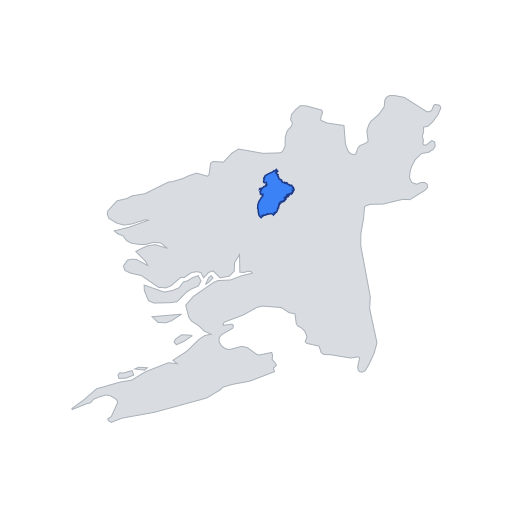 Pabna, Rajshahi, Bangladesh (highlighted), rotated 81°
{"feature_id": "16705992B46384724638491", "entity_name": "Pabna", "entity_type": "district", "adm_level": 2, "iso_a3": "BGD", "parent_name": "Bangladesh", "parent_adm1": "Rajshahi", "projection": "robinson", "projection_center": [89.41, 24.081], "detail": "fine", "context": "in_parent", "style": "filled", "palette": "blue", "viewbox_px": 512, "rotation_deg": 81, "n_neighbors": 0, "source": "geoboundaries", "source_scale": "gbopen_adm2", "svg_char_len": 9056}
<svg xmlns="http://www.w3.org/2000/svg" viewBox="0 0 512 512"><g transform="rotate(81 256 256)"><path d="M177.2,369.0L177.1,356.1L169.2,330.6L169.6,327.8L167.9,315.6L165.9,308.8L164.9,301.6L169.7,291.2L167.8,289.5L157.2,286.3L155.9,283.6L158.2,273.4L150.6,263.7L147.6,256.5L155.7,233.1L157.8,216.9L157.2,213.7L152.2,210.1L143.4,208.6L137.2,205.6L133.6,201.0L130.5,199.2L126.7,200.5L121.8,198.7L117.8,194.2L114.4,188.6L115.7,182.6L122.2,168.2L124.5,167.8L130.1,170.6L132.2,170.6L135.8,164.9L140.9,148.7L158.7,150.1L163.0,149.6L167.5,148.3L169.9,146.3L171.2,143.7L170.8,141.5L165.3,138.4L163.2,136.1L161.7,129.7L160.1,127.3L149.4,126.9L143.8,123.9L140.8,121.3L135.3,112.5L128.6,106.0L122.2,104.4L119.7,102.3L118.4,99.0L119.2,94.1L122.5,84.8L140.2,64.7L140.6,62.5L139.9,59.9L134.8,56.7L134.4,55.1L135.9,50.9L138.8,50.3L144.9,54.2L151.1,60.4L154.8,65.9L154.9,70.3L159.7,71.1L163.8,73.1L167.9,72.5L170.6,73.5L172.4,73.2L173.1,70.6L169.6,64.3L171.3,61.7L175.4,61.8L178.3,64.2L180.5,69.1L180.8,76.6L185.6,83.5L191.9,88.3L196.8,90.6L202.7,92.2L207.8,90.6L210.3,85.9L209.2,81.6L209.9,77.8L212.0,75.7L215.1,75.8L217.5,78.8L224.4,95.2L223.0,102.4L224.6,122.3L222.8,135.4L223.9,140.4L225.1,141.3L235.5,143.8L250.6,149.0L262.2,150.9L314.3,149.5L325.8,152.0L360.6,150.1L370.1,154.3L380.4,161.1L386.3,166.1L387.3,169.0L386.7,171.5L384.8,172.9L381.2,172.9L373.0,169.6L371.6,170.6L371.6,178.4L365.0,198.2L364.0,204.3L361.7,206.7L354.8,207.9L350.3,219.4L348.4,220.8L343.9,218.3L341.1,218.7L337.6,219.8L334.1,222.4L331.6,225.7L328.9,226.8L319.1,226.6L317.3,232.0L310.9,239.0L306.5,257.4L306.9,263.1L312.3,277.9L316.2,297.0L317.6,299.0L319.4,299.1L319.5,290.4L321.3,289.2L323.6,290.2L328.2,302.1L330.8,305.1L334.9,305.9L339.5,304.1L342.9,300.6L344.3,296.9L343.0,284.0L345.2,278.8L353.1,270.9L354.3,268.5L353.7,255.6L356.7,255.2L360.7,256.2L365.8,253.2L367.3,253.1L369.5,256.4L373.1,255.8L378.6,281.4L379.1,299.5L380.4,309.5L382.4,311.8L388.5,326.8L394.4,379.8L395.2,413.5L397.6,425.0L395.7,427.5L393.8,428.0L391.9,424.0L379.0,415.5L375.9,416.3L371.5,421.3L369.8,425.9L370.6,432.4L372.0,438.7L375.1,442.4L375.4,446.4L378.9,461.6L377.9,461.7L370.8,447.9L362.2,434.3L359.3,410.0L359.1,398.0L353.2,383.9L347.7,359.3L350.0,350.7L346.0,354.4L339.5,339.7L329.4,325.2L326.5,318.9L326.3,312.6L322.0,318.9L316.2,323.3L310.2,329.9L306.2,331.9L293.6,333.1L286.2,324.3L275.7,302.6L274.3,297.7L275.7,285.0L273.2,273.0L272.4,262.4L270.6,263.3L269.9,266.2L270.3,270.7L269.5,274.5L251.9,272.0L259.4,278.3L267.5,279.8L271.7,285.5L272.0,294.9L264.0,300.6L264.8,305.4L269.4,311.2L263.8,312.9L262.3,316.7L262.2,322.1L266.1,330.4L265.4,333.7L272.1,344.6L273.4,349.8L271.7,357.2L257.4,372.2L253.2,382.8L249.7,387.7L245.3,388.6L239.9,383.6L239.8,378.5L240.9,374.4L248.4,364.5L244.3,365.8L232.7,374.0L230.5,367.3L229.0,361.2L229.0,353.7L234.6,342.4L228.2,348.0L226.5,355.0L227.3,363.3L226.4,369.1L224.0,376.8L220.6,381.4L215.1,384.3L212.7,388.8L209.0,392.1L207.7,376.8L203.7,356.0L202.9,360.4L204.9,373.3L204.8,381.7L201.8,388.3L195.8,395.4L191.1,396.4L188.4,395.4L179.8,384.7L179.0,374.5L177.2,369.0ZM283.3,369.2L272.6,371.7L267.2,371.0L277.3,352.3L277.0,343.9L275.4,337.1L270.2,331.7L269.9,327.7L267.6,322.4L266.3,316.2L272.1,314.2L276.7,317.7L278.4,324.8L280.7,330.2L288.8,341.1L288.7,347.8L286.5,364.2L283.3,369.2ZM306.3,363.1L299.7,368.1L301.8,338.6L306.7,349.6L307.9,355.5L306.3,363.1ZM331.2,348.4L328.3,350.5L325.6,348.7L322.2,341.8L323.9,333.0L324.9,331.7L329.1,340.7L331.2,348.4ZM355.5,410.6L351.8,410.9L350.0,408.8L350.8,405.9L349.8,396.3L354.5,395.4L356.3,403.4L355.5,410.6ZM351.3,383.9L348.6,393.4L347.5,389.1L349.4,380.8L351.3,383.9ZM274.8,307.1L275.9,310.1L270.0,306.2L268.4,303.4L271.0,301.9L274.8,307.1Z" fill="#d9dde1" stroke="#a8b0b8" stroke-width="1"/><path d="M195.8,241.6L196.0,240.6L196.1,240.9L196.1,241.0L196.4,241.0L196.5,240.8L196.4,240.4L196.4,239.7L197.7,239.9L198.1,240.1L199.2,241.7L200.6,242.7L201.7,243.8L202.8,244.7L204.7,245.6L205.1,245.9L205.7,246.2L206.1,246.3L206.8,246.4L207.9,246.6L208.5,246.8L209.1,247.0L209.4,246.9L209.6,246.6L209.9,246.5L211.0,246.7L211.9,246.7L212.7,246.9L213.1,246.9L213.9,246.6L214.8,246.9L215.3,246.8L215.8,246.7L216.7,246.5L217.3,246.2L217.7,245.7L218.3,245.5L218.7,245.1L219.0,245.0L218.9,244.7L217.8,243.4L217.6,242.8L217.4,242.7L217.2,242.0L216.9,242.8L216.8,242.3L217.1,241.8L216.9,241.5L217.0,241.1L217.1,240.7L216.9,240.7L216.9,240.4L217.0,240.2L216.8,239.4L216.7,238.7L216.3,238.7L216.1,238.6L216.2,238.1L216.1,237.7L216.4,237.4L216.6,237.4L216.5,235.0L216.6,234.2L217.0,233.5L217.7,232.8L218.3,232.3L217.6,231.9L217.4,231.6L217.2,231.6L217.1,231.2L216.8,230.8L217.1,230.8L216.9,230.5L216.5,230.6L216.0,230.9L216.0,230.4L215.9,229.3L215.9,229.2L216.0,229.2L215.9,228.9L215.6,228.7L215.5,228.8L214.9,228.4L214.5,227.9L213.6,227.5L213.1,227.1L212.7,227.4L211.9,226.5L211.9,226.4L211.7,226.5L211.5,226.3L211.4,226.5L211.2,226.4L210.4,226.0L210.3,225.6L209.7,225.6L209.7,225.4L209.3,225.4L209.0,225.3L208.8,225.5L208.4,225.4L208.2,225.1L208.1,224.8L208.5,225.0L208.7,224.6L208.3,224.2L207.8,224.1L207.7,224.4L207.6,224.5L207.5,224.4L207.6,224.1L207.6,223.9L207.4,224.1L207.1,224.1L207.0,223.9L206.8,224.0L206.7,223.7L206.6,223.3L206.5,222.8L206.2,222.7L206.1,222.3L206.5,222.2L206.2,221.5L206.2,221.3L206.4,221.3L206.8,221.5L206.9,221.3L206.8,221.1L206.6,220.8L206.2,220.8L205.8,220.6L205.7,220.1L205.8,219.8L206.0,219.9L206.3,219.7L206.1,219.3L206.0,219.2L205.7,219.3L205.4,219.1L205.5,218.9L205.3,218.7L205.0,218.2L204.8,217.9L204.6,218.0L204.3,218.0L204.3,217.8L204.1,217.9L203.9,218.1L204.0,218.3L203.9,218.4L203.9,218.6L203.9,218.8L203.4,218.7L203.2,218.9L202.9,219.0L202.8,218.8L202.8,218.5L202.7,218.5L202.7,218.4L202.8,218.2L202.5,217.9L202.4,217.3L202.5,217.3L202.5,217.5L202.9,217.5L203.1,217.7L203.4,217.4L203.4,217.0L203.2,216.7L202.9,216.7L203.0,216.8L202.8,216.9L202.7,216.8L202.4,217.0L202.1,216.9L201.9,217.1L201.5,216.8L201.4,216.7L202.1,216.7L202.0,216.3L202.2,216.2L202.4,215.7L202.5,215.5L202.3,214.9L202.3,214.7L202.0,214.6L201.8,214.4L201.6,214.2L201.6,214.6L201.2,214.6L201.0,215.1L201.0,215.3L200.5,215.4L200.4,215.6L200.1,215.5L200.1,215.0L200.3,214.5L200.4,214.3L200.4,214.1L200.3,213.9L200.1,213.9L200.2,213.3L199.9,213.2L200.0,212.8L199.9,212.6L199.7,212.5L199.7,212.3L199.8,212.3L199.9,212.1L199.9,211.9L199.7,211.8L199.8,211.6L200.2,211.5L200.1,211.4L200.1,211.2L199.8,211.1L199.8,210.8L200.0,210.8L200.0,210.7L199.8,210.6L199.7,210.8L199.7,210.7L199.7,210.4L199.3,210.3L199.2,210.4L198.9,210.6L198.8,210.4L198.7,210.3L198.6,209.9L198.7,209.7L198.5,209.3L198.3,209.3L198.1,209.5L198.0,209.3L197.6,209.1L197.4,209.0L197.2,209.2L197.3,208.8L197.3,208.5L197.2,208.4L196.9,208.5L196.5,208.1L196.4,208.1L196.2,208.2L195.9,208.5L195.5,208.5L195.5,208.4L195.3,208.5L194.9,208.2L194.8,208.3L194.7,208.3L194.7,208.5L194.5,208.3L193.8,208.4L193.7,208.2L193.7,208.4L193.6,208.6L193.6,208.8L193.6,209.0L193.2,209.4L192.9,209.4L192.7,209.3L192.4,209.4L192.3,209.8L191.7,209.8L191.6,210.7L191.7,211.2L191.7,211.6L191.3,211.5L191.1,211.6L190.9,211.9L190.9,212.2L190.6,212.3L190.4,212.8L190.1,213.2L189.9,213.3L189.7,213.9L189.3,213.8L189.2,213.7L188.9,213.7L188.7,214.0L188.7,214.3L188.4,214.3L188.3,214.7L188.4,215.0L188.8,215.0L188.7,215.9L188.7,216.0L188.3,215.9L188.2,216.0L188.2,216.3L188.0,216.6L187.9,216.6L187.7,216.5L187.7,217.0L187.8,217.3L187.6,217.6L187.3,218.2L187.0,218.4L186.9,218.6L186.6,218.5L186.4,218.5L186.1,218.8L185.8,219.2L185.7,219.2L185.5,218.9L185.3,219.0L185.2,219.1L184.8,219.0L184.7,219.4L184.4,219.6L184.1,220.1L184.0,220.6L183.7,221.0L183.2,221.2L182.9,221.3L182.6,221.4L182.3,221.2L182.1,221.3L181.9,221.1L182.0,221.4L181.4,221.5L181.3,221.4L180.9,221.5L180.8,221.9L180.4,221.9L180.0,222.1L179.7,222.0L179.4,221.6L179.2,221.5L179.1,221.8L179.1,222.3L178.9,222.3L178.6,222.5L178.3,222.6L177.6,222.6L177.2,222.8L177.2,223.0L177.3,223.3L177.0,223.4L176.7,223.3L176.2,222.8L176.1,222.2L176.1,221.5L175.9,221.3L175.7,221.2L175.2,221.8L174.8,221.9L174.5,221.9L174.0,222.2L174.0,222.4L174.4,222.5L174.6,222.8L174.8,222.7L175.0,222.8L173.9,223.0L174.3,223.1L175.1,223.0L174.9,223.4L174.3,223.2L174.6,223.6L174.7,224.1L174.8,224.5L174.5,224.9L175.0,225.4L175.2,225.9L175.7,226.8L175.8,227.3L176.0,227.7L176.0,228.2L177.1,231.9L177.9,233.9L178.0,234.2L178.5,234.8L179.0,235.1L179.6,235.1L180.0,235.2L180.0,235.8L180.2,236.2L180.9,236.2L181.9,236.0L182.2,236.1L182.3,236.3L182.6,236.6L182.8,236.5L183.2,236.8L183.7,236.9L183.9,236.8L184.1,236.9L184.5,236.8L184.9,236.2L185.0,236.2L185.1,235.8L185.1,235.7L185.1,235.3L185.1,235.1L184.9,235.0L184.9,234.8L185.0,234.2L186.3,234.2L186.9,234.1L187.4,234.1L187.4,235.3L187.6,235.3L188.2,235.0L188.6,235.2L188.5,236.4L188.6,237.1L188.8,237.6L189.0,237.6L189.0,237.8L189.3,238.0L189.5,238.0L189.6,238.8L189.7,239.1L189.8,239.3L190.0,239.3L190.1,239.6L190.0,240.4L189.9,241.5L190.3,241.9L190.7,242.1L190.6,241.8L190.6,241.5L190.9,240.3L191.0,240.1L191.3,240.1L191.5,240.6L192.0,240.9L192.2,241.1L192.7,241.2L192.8,241.6L193.0,242.0L194.4,241.9L195.4,241.2L195.6,241.3L195.7,241.7L195.8,241.6Z" fill="#3b82f6" stroke="#1e3a8a" stroke-width="1.5"/></g></svg>